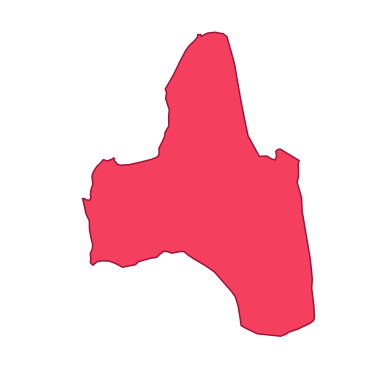 outline of Chedepo, River Gee, Liberia, rotated 82°
{"feature_id": "62588387B99879349198662", "entity_name": "Chedepo", "entity_type": "district", "adm_level": 2, "iso_a3": "LBR", "parent_name": "Liberia", "parent_adm1": "River Gee", "projection": "robinson", "projection_center": [-8.027, 5.46], "detail": "fine", "context": "isolated", "style": "filled", "palette": "rose", "viewbox_px": 384, "rotation_deg": 82, "n_neighbors": 0, "source": "geoboundaries", "source_scale": "gbopen_adm2", "svg_char_len": 2145}
<svg xmlns="http://www.w3.org/2000/svg" viewBox="0 0 384 384"><g transform="rotate(82 192 192)"><path d="M147.6,275.3L148.5,276.3L151.6,279.9L153.0,282.2L155.8,284.9L159.1,287.3L162.5,288.9L170.4,289.1L174.4,291.0L176.9,292.1L180.2,292.9L182.5,293.0L184.1,293.1L185.7,294.7L186.0,295.0L185.1,297.6L183.4,299.7L183.3,301.3L187.6,300.8L199.0,300.0L206.0,297.7L208.0,297.9L214.3,298.7L222.2,298.5L230.1,297.7L234.1,298.5L239.0,301.4L243.6,301.4L247.6,302.5L250.7,300.4L247.8,295.4L247.6,290.9L248.9,283.6L251.1,279.6L252.6,277.0L256.8,271.2L256.1,258.3L255.3,257.1L255.0,256.7L253.5,254.6L253.4,253.8L251.7,241.4L251.9,236.1L249.4,232.9L246.8,228.4L247.6,224.5L249.8,220.4L249.3,212.2L250.0,208.0L254.0,204.5L258.6,199.3L261.6,195.5L266.1,189.8L274.0,181.1L286.8,172.7L291.0,170.0L296.1,166.6L301.9,163.7L311.0,162.2L322.3,161.9L331.2,161.9L334.4,157.7L341.4,147.2L344.2,136.1L346.2,127.9L346.9,125.3L347.1,124.5L345.9,118.9L344.0,114.9L342.7,107.2L338.7,94.1L338.3,93.3L336.5,89.9L334.1,88.3L321.7,87.2L304.0,86.9L295.0,85.0L280.4,84.4L277.6,84.3L271.2,84.3L240.9,85.2L226.9,85.6L226.3,85.6L212.9,84.3L208.5,84.9L199.5,86.2L196.5,86.5L191.5,84.3L184.7,83.4L179.9,83.0L177.7,82.4L175.8,81.5L173.6,84.2L163.4,96.7L161.8,98.7L161.8,101.0L163.4,103.3L164.5,103.3L165.2,103.3L168.4,103.4L170.4,104.3L171.8,105.0L171.2,106.6L170.3,108.7L166.8,112.9L166.0,120.5L165.3,120.7L149.1,126.8L144.2,128.7L136.0,129.2L134.9,129.4L111.2,130.7L104.8,131.0L70.7,132.1L70.0,132.2L43.6,135.7L43.0,135.8L42.4,136.4L39.4,139.2L39.1,140.9L37.1,146.6L36.9,150.3L36.9,154.8L39.1,161.3L37.2,161.5L37.0,164.5L38.0,164.6L39.4,165.1L40.4,166.2L42.0,167.8L46.7,174.4L51.5,178.9L61.0,185.7L73.7,194.3L86.4,204.2L88.8,203.6L90.0,203.3L94.2,204.6L96.1,205.2L97.8,204.6L98.8,204.6L107.5,203.0L110.9,203.9L114.2,204.7L116.1,204.9L123.4,205.7L126.2,208.0L127.8,209.2L129.1,210.3L133.3,211.5L137.2,213.8L144.0,218.6L149.2,219.2L151.3,220.1L151.9,221.0L152.0,221.2L152.7,222.4L154.0,227.1L155.3,239.0L156.2,250.4L155.5,259.2L154.3,261.7L150.4,264.5L148.1,264.1L147.4,265.1L148.5,267.0L149.5,271.6L148.0,274.4L147.6,275.3Z" fill="#f43f5e" stroke="#9f1239" stroke-width="1.5"/></g></svg>